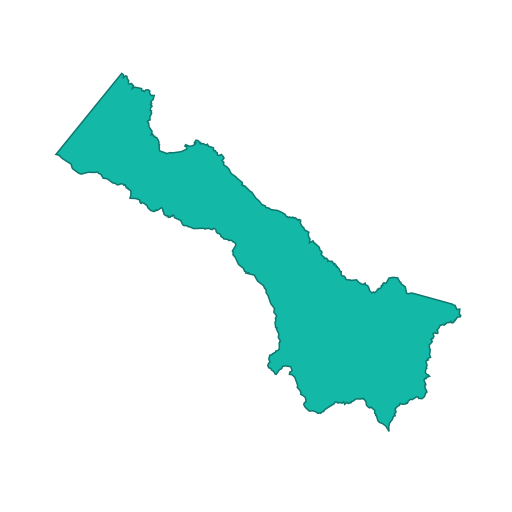 Alto Alegre, Roraima, Brazil, rotated 219°
{"feature_id": "56859067B49514522744018", "entity_name": "Alto Alegre", "entity_type": "district", "adm_level": 2, "iso_a3": "BRA", "parent_name": "Brazil", "parent_adm1": "Roraima", "projection": "mercator", "projection_center": [-62.757, 3.103], "detail": "fine", "context": "isolated", "style": "filled", "palette": "teal", "viewbox_px": 512, "rotation_deg": 219, "n_neighbors": 0, "source": "geoboundaries", "source_scale": "gbopen_adm2", "svg_char_len": 6051}
<svg xmlns="http://www.w3.org/2000/svg" viewBox="0 0 512 512"><g transform="rotate(219 256 256)"><path d="M42.2,203.4L45.3,206.7L47.1,210.2L47.2,215.1L48.3,217.7L47.3,219.5L49.2,220.5L48.8,222.3L49.2,223.0L50.0,223.0L50.2,223.9L51.6,224.5L51.4,228.2L50.5,230.4L51.3,232.1L48.7,233.0L46.4,235.5L46.8,236.1L45.7,236.9L46.3,238.7L46.0,241.1L45.7,241.9L44.2,242.7L42.6,247.6L41.1,248.4L40.0,247.7L37.2,249.6L36.6,252.7L37.9,256.5L37.5,257.7L39.0,258.9L40.2,259.0L43.6,261.6L42.9,262.6L43.5,263.2L47.2,265.1L47.6,266.6L46.6,267.9L47.3,268.6L45.4,271.8L47.6,272.0L48.3,271.4L51.1,272.0L52.7,274.7L52.6,276.3L53.6,276.6L54.4,278.9L57.3,280.6L57.7,281.3L56.8,283.5L57.6,283.3L57.8,285.0L56.6,287.2L59.0,288.5L61.7,293.0L62.6,293.2L65.3,295.7L65.1,300.4L67.5,301.4L67.4,302.8L66.6,302.9L67.0,305.3L69.5,307.1L69.0,308.8L67.8,308.9L66.1,310.3L67.6,312.1L68.8,312.3L68.6,315.1L69.2,317.9L67.7,320.1L66.2,320.9L66.6,321.7L65.8,322.2L65.9,323.9L63.4,326.5L63.6,327.7L61.5,327.3L60.6,329.0L61.2,330.9L60.7,331.1L61.0,335.2L59.0,337.4L59.6,338.7L61.3,338.6L64.2,343.0L66.1,340.9L70.5,342.9L71.9,341.9L72.9,342.2L109.7,326.2L112.2,324.9L113.1,323.3L115.3,321.7L120.6,326.0L125.5,325.7L126.9,326.7L127.9,326.3L132.2,328.2L135.9,325.8L138.8,322.6L137.7,316.7L139.8,315.6L139.9,313.7L139.0,312.8L139.9,311.7L138.8,310.2L139.4,308.5L140.1,308.2L139.9,307.2L140.7,306.6L140.0,305.0L141.0,301.8L142.0,301.9L143.0,300.2L145.6,300.5L148.9,302.6L150.6,303.2L153.0,302.5L154.1,303.6L155.1,300.9L159.6,300.2L162.8,300.8L167.1,296.5L167.8,296.7L170.2,294.8L171.8,294.5L173.0,295.5L174.9,295.8L176.4,294.9L177.7,295.0L178.7,295.6L179.8,297.5L181.5,297.1L183.8,298.5L185.9,298.3L186.2,298.8L186.9,298.3L187.9,299.3L189.7,298.6L190.9,298.9L190.6,299.4L191.7,299.0L193.3,299.8L194.1,299.5L194.5,298.6L196.7,298.0L197.0,297.2L197.4,298.0L199.8,298.7L201.3,297.1L202.1,297.9L205.5,298.0L206.7,298.6L206.6,299.6L207.5,300.8L209.9,300.8L212.3,302.6L218.6,303.0L219.5,302.6L220.7,303.6L221.3,303.6L222.8,299.9L224.9,303.4L226.2,303.6L228.6,305.2L229.9,307.7L234.7,306.9L236.9,308.1L238.5,307.9L242.1,309.4L243.8,311.9L245.6,311.5L245.6,310.3L248.9,310.5L249.7,310.4L250.1,309.4L251.9,309.4L252.4,308.2L254.6,307.4L255.2,306.0L256.1,306.4L257.5,305.9L259.6,306.7L264.1,306.0L268.0,304.9L273.5,301.5L276.0,301.4L279.0,299.9L280.2,300.8L284.0,299.7L288.4,300.8L292.3,300.8L299.4,303.0L300.8,302.6L308.9,303.4L310.9,302.2L311.9,302.6L311.5,303.0L312.9,304.5L320.6,304.5L321.3,304.9L326.4,304.5L328.0,304.7L331.2,306.4L334.5,306.9L338.7,306.5L340.0,308.6L342.4,308.7L342.4,311.8L343.3,312.5L346.8,313.1L348.3,310.6L349.6,310.1L351.0,311.9L352.8,311.7L353.9,312.3L355.3,311.3L357.2,313.3L361.9,311.4L364.1,312.3L364.3,311.0L368.0,310.0L369.9,308.2L370.6,309.3L371.2,308.7L373.2,309.3L375.5,308.4L375.2,305.1L374.5,304.9L373.9,305.7L373.7,304.9L374.6,301.8L376.6,299.5L380.8,298.2L380.3,296.6L378.8,297.2L377.2,295.5L379.6,290.2L385.5,283.9L387.8,282.3L390.2,279.1L391.5,279.1L396.6,277.1L398.6,278.2L399.6,279.9L400.8,280.4L400.9,281.7L402.4,282.1L402.7,283.1L404.4,284.3L407.7,285.5L409.2,284.8L410.1,285.4L411.1,284.7L413.0,285.7L413.7,284.3L415.2,287.5L420.2,289.0L423.6,292.1L424.8,291.9L425.1,293.3L423.9,295.1L425.9,297.0L427.0,301.4L428.2,301.8L428.5,303.0L429.9,302.7L431.2,305.0L431.0,307.0L433.5,307.5L432.9,308.7L434.9,309.9L434.4,312.6L436.1,316.7L438.6,314.8L441.0,315.4L442.5,317.5L444.5,317.2L446.1,315.8L446.3,313.4L447.7,313.6L448.6,312.7L450.3,314.1L456.6,310.9L457.6,308.2L458.5,311.3L461.5,311.7L462.1,310.2L463.0,309.9L464.5,310.6L465.3,312.2L467.8,312.8L469.4,314.4L470.7,313.9L471.5,311.2L472.9,313.4L475.3,313.4L475.4,209.0L472.6,210.3L467.7,209.9L457.4,211.0L454.5,208.8L453.0,208.4L445.6,208.8L443.3,209.7L439.0,215.6L433.9,219.4L432.2,221.5L430.2,221.2L427.9,221.9L423.7,220.3L420.2,222.4L413.4,222.6L410.7,224.1L409.3,223.7L407.8,224.7L406.4,227.1L404.6,228.2L403.0,227.8L402.4,229.0L399.6,227.3L398.7,228.3L397.5,227.5L394.5,228.0L391.9,225.1L390.3,221.6L385.4,225.1L381.4,226.4L380.3,224.9L378.4,224.5L378.2,225.8L376.0,226.5L372.3,226.5L370.1,225.4L366.8,225.1L363.4,226.2L362.4,228.1L362.8,228.6L361.4,229.3L359.8,234.2L357.2,233.5L356.9,232.4L354.8,231.7L353.8,230.5L351.1,230.6L349.8,231.8L348.6,230.8L347.1,232.1L347.2,233.3L346.2,234.1L346.6,235.1L345.2,235.8L343.5,234.5L337.0,236.2L332.5,234.2L331.2,234.3L328.2,236.4L327.3,236.0L326.1,236.8L321.6,238.1L314.3,244.5L312.4,244.9L312.1,246.1L310.6,247.0L310.2,247.9L307.8,248.3L306.4,249.2L306.6,250.2L305.5,251.3L303.1,250.9L302.3,249.8L300.0,249.4L299.2,250.1L297.2,250.3L295.6,249.1L293.0,249.4L291.8,249.0L288.7,250.9L286.5,251.1L286.1,252.0L284.4,252.8L282.7,252.5L280.6,253.1L278.5,252.0L277.5,245.0L275.5,244.1L274.8,242.5L271.3,241.9L264.1,238.4L258.1,238.5L255.1,236.9L253.6,237.4L253.0,236.3L251.2,238.2L251.1,237.3L245.3,240.1L239.1,237.5L231.4,237.7L229.1,236.3L227.0,236.3L225.3,234.0L221.7,232.8L214.4,228.2L208.8,226.9L206.6,223.4L202.4,222.6L201.7,219.8L200.1,218.4L199.3,216.2L195.7,212.8L194.4,213.3L194.0,212.0L189.2,209.8L187.4,206.7L183.9,205.5L183.3,204.8L183.7,204.5L183.3,203.1L179.7,198.9L179.4,196.5L180.8,194.8L180.4,193.5L181.7,190.2L181.6,188.8L182.9,187.8L181.3,184.1L178.5,182.4L178.7,180.6L178.0,178.4L175.8,177.1L173.6,178.0L172.5,177.2L169.4,177.4L167.0,176.3L165.8,176.7L166.2,182.3L165.2,184.5L165.8,186.9L164.3,188.9L159.4,191.8L156.1,189.9L155.9,188.3L156.7,187.1L155.5,185.0L153.5,186.4L149.6,186.2L142.3,181.8L141.2,179.8L137.0,179.2L134.6,177.7L134.2,176.6L131.7,177.2L128.5,177.1L125.4,174.2L126.1,172.4L125.3,170.5L122.5,169.4L116.9,169.0L114.8,171.2L111.2,172.7L108.9,172.6L107.9,173.9L106.8,174.4L106.6,176.4L105.6,177.6L105.8,180.2L102.3,190.3L102.6,192.3L101.4,193.2L99.7,193.3L98.3,195.1L96.6,195.7L96.1,197.8L93.7,196.5L93.3,199.4L91.5,199.4L89.8,201.9L90.4,202.6L89.3,204.0L88.3,208.0L84.6,210.7L84.2,211.9L82.8,212.2L82.7,212.9L78.9,212.0L76.3,209.6L73.3,209.2L72.0,209.5L71.5,210.9L66.6,210.8L65.0,208.6L63.1,208.3L62.6,207.4L61.7,207.5L57.4,204.6L54.9,204.4L52.8,205.3L48.1,205.6L42.2,203.4Z" fill="#14b8a6" stroke="#0f766e" stroke-width="1.5"/></g></svg>